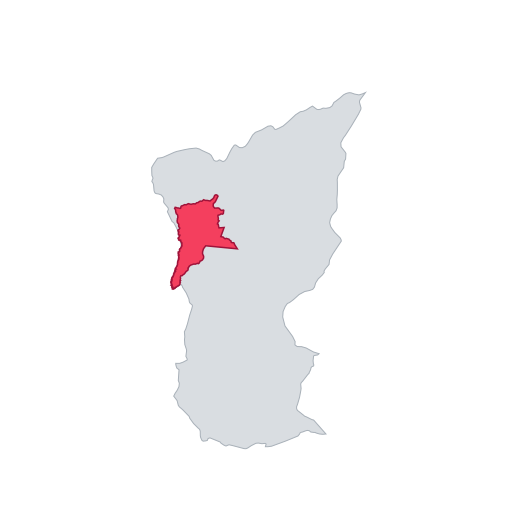 Ndélé, Bamingui-Bangoran, Central African Republic shown in context, rotated 291°
{"feature_id": "33826404B83224337375675", "entity_name": "Ndélé", "entity_type": "district", "adm_level": 2, "iso_a3": "CAF", "parent_name": "Central African Republic", "parent_adm1": "Bamingui-Bangoran", "projection": "albers", "projection_center": [20.022, 8.555], "detail": "fine", "context": "in_parent", "style": "filled", "palette": "rose", "viewbox_px": 512, "rotation_deg": 291, "n_neighbors": 0, "source": "geoboundaries", "source_scale": "gbopen_adm2", "svg_char_len": 9104}
<svg xmlns="http://www.w3.org/2000/svg" viewBox="0 0 512 512"><g transform="rotate(291 256 256)"><path d="M347.4,194.9L351.7,196.0L352.4,197.3L351.3,201.7L352.2,204.4L354.6,206.7L357.1,207.6L359.5,208.2L367.7,209.5L371.2,211.1L375.8,216.1L381.5,220.7L382.9,223.2L382.7,225.4L381.0,228.1L381.3,229.3L384.0,232.0L387.0,234.7L392.5,237.7L402.1,242.4L406.5,245.6L408.0,248.1L410.5,250.7L413.9,253.1L416.2,255.0L414.7,260.3L415.2,262.1L416.1,263.6L418.1,265.6L418.9,268.3L421.0,271.7L423.3,273.2L427.3,273.7L429.4,275.2L433.7,277.8L437.9,280.0L439.7,281.6L440.9,283.0L441.9,284.6L442.4,286.3L442.5,289.9L443.3,294.4L445.6,297.4L447.8,299.6L439.2,297.2L437.9,297.1L436.4,297.6L432.0,300.9L430.6,301.3L425.0,300.8L411.3,298.4L400.8,296.2L397.7,295.3L392.1,294.6L388.4,296.3L385.0,302.0L384.0,303.2L378.6,304.9L376.0,304.5L369.8,306.2L360.0,303.9L356.5,304.4L353.8,305.6L346.9,308.3L342.6,309.8L337.7,311.2L333.1,313.3L329.9,314.5L326.8,314.5L324.0,313.4L321.0,312.4L317.3,312.2L313.5,312.8L310.3,315.1L309.0,316.8L306.2,321.1L303.0,328.2L301.7,329.6L300.5,330.3L285.3,326.9L278.7,326.1L274.3,327.2L268.7,325.3L266.3,324.9L265.1,325.6L262.0,324.7L257.0,322.3L252.2,321.3L247.9,321.7L245.2,320.9L243.1,318.5L240.3,314.2L235.4,310.0L228.7,306.6L224.6,304.0L222.9,302.3L219.4,301.4L213.9,301.2L208.6,302.8L201.1,308.1L194.0,319.0L190.1,323.2L187.0,324.2L186.2,326.9L187.7,331.0L188.1,335.8L187.0,344.0L187.4,349.9L185.7,349.0L184.1,346.2L183.3,345.6L178.7,346.8L176.3,348.0L175.0,349.0L174.0,349.2L172.5,347.7L171.4,347.4L169.5,347.7L167.7,347.6L166.5,347.4L165.7,347.6L163.5,346.7L155.5,344.3L154.1,343.6L152.5,343.6L148.4,345.6L146.2,346.1L139.6,347.3L132.5,347.9L129.8,347.9L127.9,348.7L126.7,350.0L124.4,357.5L123.9,358.7L123.9,360.6L123.3,366.7L123.5,368.6L114.9,385.1L113.5,382.3L112.6,379.1L112.3,375.3L112.5,374.4L112.0,373.2L111.3,370.2L112.0,368.3L111.5,366.2L109.9,364.2L108.4,362.6L107.5,361.2L106.8,360.6L105.2,360.4L103.0,359.7L93.7,349.8L84.0,338.7L82.1,335.2L81.3,333.1L83.7,332.9L84.3,332.5L84.3,331.6L82.9,328.8L82.2,325.2L81.1,323.0L77.3,319.6L73.7,317.0L72.5,315.7L71.9,313.8L70.6,301.9L70.1,298.5L68.9,297.1L68.1,296.4L67.8,295.5L68.0,293.4L68.5,291.5L68.5,290.8L69.5,289.2L69.7,278.2L68.5,276.7L66.3,276.6L65.2,275.0L64.2,273.0L64.5,271.6L66.7,269.4L68.1,268.5L72.3,266.8L73.4,266.0L74.2,264.9L74.7,263.4L77.2,257.8L80.8,252.3L82.3,251.1L86.1,242.9L86.9,240.8L87.6,238.7L88.7,237.0L92.7,234.2L95.7,229.4L98.9,229.7L102.2,230.5L106.4,230.9L109.8,230.0L111.9,228.1L122.2,224.9L123.0,222.3L124.6,220.9L126.5,219.7L127.1,219.6L127.3,220.4L128.4,223.2L130.7,225.9L134.1,228.9L135.1,228.8L137.2,226.5L142.6,225.2L143.9,224.5L147.8,221.3L152.3,219.2L155.0,218.5L159.6,216.3L162.9,216.6L168.2,216.3L176.9,215.3L183.3,215.0L186.5,214.6L187.3,214.1L188.5,211.0L189.5,210.1L191.9,208.7L196.6,204.0L199.6,199.9L200.6,198.5L201.2,198.2L202.5,196.5L201.2,194.8L196.0,191.2L196.1,190.7L195.8,190.1L196.1,189.6L198.1,188.1L200.8,186.5L203.6,185.9L211.1,186.0L217.5,185.6L218.9,185.7L223.9,184.9L227.3,184.1L230.8,182.4L238.7,182.6L245.3,178.2L247.1,177.4L248.0,176.7L248.2,176.0L251.3,174.3L254.7,170.7L257.5,167.4L258.2,165.2L265.6,157.4L268.2,157.5L269.5,156.6L272.4,151.4L273.3,150.4L276.3,149.5L277.8,148.0L279.0,145.7L279.0,142.9L278.5,140.6L278.5,139.5L279.2,138.5L280.3,137.5L286.0,134.7L287.4,133.4L288.2,132.1L289.8,131.9L291.5,132.0L292.6,131.3L293.8,130.0L297.7,128.3L301.3,126.9L305.1,127.5L312.0,129.1L314.1,132.8L315.1,134.1L323.7,142.7L325.4,144.8L329.6,151.1L332.2,155.3L335.3,161.4L335.6,164.8L335.2,167.6L334.7,175.8L333.9,178.1L330.2,182.5L330.1,184.5L330.9,186.1L332.0,186.8L332.7,187.6L332.3,191.3L333.7,192.8L336.5,193.8L343.7,194.4L347.4,194.9Z" fill="#d9dde1" stroke="#a8b0b8" stroke-width="1"/><path d="M252.7,174.0L252.4,174.0L252.1,173.9L251.8,174.1L251.3,174.3L251.2,174.5L251.2,174.9L251.2,175.0L250.9,175.2L250.7,175.2L250.3,175.3L250.1,175.4L249.8,175.2L249.7,175.2L249.3,175.5L248.5,175.7L248.0,176.0L247.9,176.3L248.0,176.7L248.0,176.9L248.0,177.1L248.2,177.3L248.2,177.5L247.9,177.5L247.7,177.4L246.9,177.5L246.3,177.5L246.1,177.3L245.9,177.1L245.7,177.1L245.3,177.3L245.1,177.2L244.7,176.8L244.3,177.1L244.4,177.6L244.2,177.8L244.1,178.0L243.8,178.1L243.5,178.0L243.4,178.0L243.2,178.1L243.2,178.3L243.3,178.6L243.3,179.1L243.3,179.3L243.7,179.7L243.8,180.0L243.7,180.1L242.9,180.1L242.7,180.5L242.5,180.8L242.2,181.0L242.0,181.7L241.6,182.2L241.4,182.3L241.0,182.2L240.7,182.3L239.5,183.1L239.4,183.1L239.2,182.9L238.8,182.9L238.3,183.3L237.9,183.2L237.4,182.9L237.2,182.9L236.9,183.0L236.6,182.8L236.1,182.9L235.9,182.9L235.4,182.3L234.7,182.2L234.4,182.3L234.1,182.6L233.6,182.7L233.1,183.0L232.8,183.0L232.4,182.8L232.1,182.5L232.0,182.0L231.9,181.9L231.7,181.9L231.6,182.0L231.6,182.5L231.4,182.6L231.2,182.6L230.8,182.4L230.5,182.4L230.4,182.5L230.2,182.9L229.6,183.0L229.5,183.7L229.4,183.8L229.2,183.7L229.1,183.3L229.0,183.2L228.8,183.2L228.6,183.4L228.4,183.9L228.3,184.0L228.2,184.0L227.6,184.0L227.3,184.1L227.2,184.2L227.0,184.6L226.8,184.7L226.6,184.6L226.2,184.5L225.9,184.6L225.8,184.9L225.7,185.1L225.4,185.1L225.1,184.8L224.9,184.8L224.7,185.0L224.4,185.1L224.2,185.1L223.9,184.8L223.7,184.8L223.1,185.0L222.4,184.9L222.0,185.1L221.8,185.3L221.3,185.2L221.0,185.4L220.5,185.5L220.0,185.8L219.4,185.9L219.2,185.9L218.9,185.7L218.7,185.7L218.1,185.9L217.6,185.6L216.1,185.5L215.8,185.2L215.7,185.2L215.6,185.4L215.4,185.4L215.3,185.7L215.2,185.5L215.1,185.3L214.8,185.2L214.7,185.3L214.7,185.6L214.5,185.8L214.3,185.8L214.2,185.7L214.0,185.8L213.9,185.8L213.7,185.7L213.6,185.9L213.4,186.0L213.4,185.9L213.5,185.9L213.4,185.7L213.5,185.4L213.4,185.4L212.9,185.6L212.8,185.8L212.9,186.0L212.5,186.1L212.4,186.0L212.6,185.7L212.4,185.6L212.2,185.6L212.2,185.8L212.1,185.7L211.8,185.8L211.6,185.6L211.3,185.6L211.1,185.5L210.9,185.7L210.9,185.9L210.4,185.7L210.2,185.6L209.9,185.5L209.7,185.8L209.4,185.8L209.3,185.7L209.2,185.7L209.1,185.9L208.6,185.8L208.4,186.0L207.9,185.8L207.6,186.0L207.4,185.9L207.1,185.9L207.0,185.5L206.4,185.4L206.1,185.3L206.1,185.5L205.9,185.5L205.8,185.4L205.9,185.2L205.6,185.4L205.2,185.4L205.3,185.6L204.9,185.5L204.6,185.5L204.4,185.5L204.2,185.8L204.0,185.7L203.9,185.8L203.7,186.0L203.6,185.9L203.3,185.8L203.1,186.0L203.1,185.6L202.8,185.7L202.9,185.9L202.8,186.0L202.6,186.1L201.9,186.0L201.9,185.8L201.7,185.7L201.5,185.9L201.5,186.1L201.4,186.2L201.2,186.0L200.9,185.9L200.8,186.0L200.9,186.3L200.5,186.8L200.4,186.8L200.3,186.6L200.2,186.5L199.9,186.6L199.9,186.8L200.1,186.8L200.1,187.0L199.9,187.1L199.7,187.3L199.6,187.1L199.4,187.2L199.2,187.0L198.9,187.2L198.9,187.7L198.8,187.8L198.8,188.0L198.7,188.1L198.4,187.8L198.4,187.7L198.2,187.5L198.1,188.2L198.0,188.3L197.8,188.3L197.6,188.3L197.3,188.4L197.1,188.4L197.1,188.8L196.9,188.6L196.7,188.7L196.7,189.0L196.5,189.3L196.4,189.3L196.1,189.1L195.9,189.3L195.9,189.6L195.7,189.8L195.3,189.8L195.4,190.3L195.3,190.5L195.7,190.9L195.8,190.7L196.1,190.6L196.3,190.6L196.5,190.6L196.6,191.7L196.7,191.9L196.8,192.0L197.1,192.0L197.5,191.8L197.9,191.9L198.0,192.1L198.1,192.4L198.2,192.6L198.6,192.9L199.7,193.4L199.9,193.6L200.0,193.9L200.3,194.3L200.5,194.4L200.8,194.5L201.2,194.8L201.7,194.8L201.8,194.9L202.1,195.1L203.2,194.8L203.9,194.9L204.0,194.5L204.8,194.4L205.3,194.0L206.0,194.4L206.2,193.9L207.0,193.7L207.8,193.7L209.2,192.9L210.6,192.9L211.2,194.1L212.7,194.8L213.5,195.5L215.6,196.1L216.3,196.2L217.0,196.6L217.9,197.3L218.5,197.5L219.7,197.3L219.9,197.1L220.3,196.8L220.5,197.0L221.0,197.2L222.1,197.2L222.5,197.5L222.8,197.4L223.6,198.0L224.0,198.2L226.2,200.8L226.6,202.2L228.2,204.0L228.1,204.8L228.7,205.1L229.0,205.5L230.1,205.6L231.1,205.6L231.7,206.3L232.6,207.1L233.4,207.5L235.3,207.8L237.0,207.2L238.9,205.3L240.9,204.6L244.0,204.4L247.5,205.4L256.0,236.0L259.1,231.8L260.2,230.9L260.4,230.4L259.9,229.0L259.8,228.1L261.1,227.2L261.4,225.6L262.0,224.8L261.8,221.8L261.0,221.0L261.1,220.2L261.9,218.7L261.5,216.2L271.2,216.0L269.0,211.4L269.6,210.9L271.6,209.7L272.1,209.3L272.1,208.5L273.4,208.4L274.4,208.6L275.6,209.0L276.1,207.7L277.6,207.4L279.0,206.5L279.8,206.0L280.6,206.0L280.9,206.7L281.6,207.5L282.7,208.2L283.1,209.8L283.9,210.3L287.1,209.5L287.2,209.0L286.7,208.3L286.3,207.6L286.2,206.8L287.3,204.6L287.3,203.4L286.5,201.7L285.9,200.2L286.6,198.9L287.3,198.1L289.7,197.4L291.0,198.2L292.2,198.6L298.2,199.1L298.8,198.3L298.9,197.0L298.6,196.4L298.1,195.9L297.0,195.6L295.4,195.7L293.5,195.0L292.8,194.4L291.7,193.8L290.9,193.4L290.4,190.5L289.8,189.0L289.7,188.0L289.8,187.0L287.7,185.8L287.3,184.3L286.3,183.4L285.3,183.0L284.4,181.5L282.9,180.7L282.4,179.0L281.5,177.5L281.0,177.1L280.6,174.0L278.8,172.5L278.4,171.0L277.5,170.1L276.6,169.4L276.0,168.4L275.3,168.2L274.4,168.4L273.6,168.5L273.3,168.2L273.1,167.7L273.1,166.7L272.7,165.4L272.6,164.7L272.7,164.2L272.5,163.1L271.1,163.0L270.8,163.7L270.3,164.3L268.3,165.3L267.9,165.8L266.9,166.4L266.5,167.7L265.7,168.4L264.7,168.9L263.8,169.3L262.7,169.2L262.1,169.5L261.1,169.6L260.3,169.9L259.1,170.6L258.2,172.2L257.4,172.8L256.5,172.9L255.7,173.4L255.3,174.1L255.0,174.6L254.6,174.9L253.2,174.7L252.7,174.0Z" fill="#f43f5e" stroke="#9f1239" stroke-width="1.5"/></g></svg>